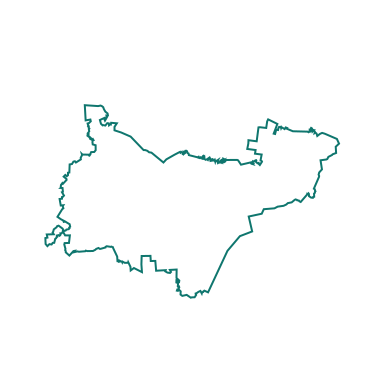 Tecpatán, Chiapas, Mexico, rotated 170°
{"feature_id": "50627088B96420175301119", "entity_name": "Tecpatán", "entity_type": "district", "adm_level": 2, "iso_a3": "MEX", "parent_name": "Mexico", "parent_adm1": "Chiapas", "projection": "albers", "projection_center": [-93.585, 17.19], "detail": "fine", "context": "isolated", "style": "outline", "palette": "teal", "viewbox_px": 384, "rotation_deg": 170, "n_neighbors": 0, "source": "geoboundaries", "source_scale": "gbopen_adm2", "svg_char_len": 6040}
<svg xmlns="http://www.w3.org/2000/svg" viewBox="0 0 384 384"><g transform="rotate(170 192 192)"><path d="M277.4,136.8L276.4,136.5L275.7,137.3L274.8,136.6L275.3,136.0L273.9,136.0L273.1,135.5L272.9,134.8L272.5,135.5L270.6,134.0L267.3,133.4L267.0,134.0L265.6,129.0L266.0,125.4L262.4,127.2L255.2,121.8L254.4,129.5L252.7,137.7L244.0,136.3L244.6,131.2L240.1,130.5L241.0,120.7L231.5,119.6L232.1,118.5L230.2,116.9L227.7,116.1L226.6,116.9L227.3,119.1L220.6,118.3L222.2,110.0L219.9,107.0L220.4,105.5L222.3,105.8L221.6,107.9L222.6,108.0L223.1,105.6L221.5,104.7L222.4,101.5L222.0,100.8L221.2,101.1L221.1,100.3L222.3,98.6L223.4,98.6L224.0,97.5L223.0,97.1L221.6,97.8L220.4,96.1L221.1,93.0L219.6,91.4L215.1,91.6L211.5,88.1L210.7,88.3L207.7,87.9L205.8,89.9L206.1,90.7L206.0,92.2L205.6,91.3L203.1,92.5L200.9,93.1L200.0,90.4L199.5,91.5L198.3,91.6L198.1,92.1L197.0,92.7L193.6,90.4L167.3,127.9L152.5,140.2L139.6,142.7L140.4,158.0L127.1,158.5L124.3,162.6L113.6,161.6L110.2,162.7L104.2,162.5L101.3,163.3L99.6,164.4L95.6,164.5L92.3,166.4L91.3,166.7L90.0,166.0L89.9,165.6L88.2,165.0L87.9,164.2L86.7,163.3L79.1,169.5L78.8,170.2L78.2,169.7L77.5,170.4L77.2,169.8L77.5,167.6L75.7,165.8L74.0,165.3L73.7,166.0L72.5,166.1L72.1,169.2L71.1,169.9L70.9,170.8L70.3,171.3L70.6,172.1L70.6,173.3L71.4,174.1L64.2,185.0L64.0,185.8L64.3,187.1L63.3,189.2L60.1,191.7L59.9,200.9L54.0,200.7L53.0,201.0L51.6,202.9L47.7,204.1L47.0,204.7L43.3,205.4L42.6,211.6L38.8,214.1L40.1,219.1L51.2,226.4L53.6,227.6L55.9,227.0L58.9,225.4L59.2,227.9L60.2,229.1L61.1,228.7L60.6,230.1L61.8,231.5L61.2,231.8L61.6,232.0L62.5,231.3L62.8,231.8L63.1,231.5L62.6,230.9L63.1,230.5L63.2,231.1L64.4,231.9L64.3,232.4L63.8,232.3L64.4,233.0L63.8,233.0L63.6,233.8L62.6,232.8L62.9,233.9L63.5,234.4L64.9,233.0L64.4,232.4L65.2,232.2L64.8,231.5L65.1,231.1L65.6,231.5L65.8,231.0L66.8,230.6L67.8,231.4L82.1,234.3L87.7,237.9L87.2,238.5L88.5,239.3L89.9,237.9L92.5,240.2L93.1,239.4L93.2,240.8L94.0,240.5L94.9,241.0L95.9,239.8L96.5,238.1L98.3,238.7L100.1,234.7L101.4,235.3L96.1,244.2L104.4,250.3L105.7,248.5L107.8,242.2L113.9,244.0L115.3,244.1L119.5,230.7L127.4,233.2L128.1,230.0L130.1,224.8L122.1,222.3L123.3,218.8L116.9,216.8L119.0,211.3L118.0,210.4L117.8,209.7L120.5,206.8L121.2,207.8L121.3,209.1L122.5,208.9L124.3,211.3L122.5,212.1L124.0,212.2L125.7,211.2L126.5,211.7L126.7,211.1L127.5,210.7L127.6,209.8L126.9,209.4L127.3,209.2L127.1,208.8L128.3,209.4L128.0,210.0L128.6,210.2L128.2,211.0L139.0,210.4L141.1,215.2L142.1,215.8L152.9,217.6L153.4,217.1L153.9,217.0L154.0,216.3L155.3,215.8L155.5,215.9L155.2,217.0L154.4,218.0L154.7,217.9L154.9,219.1L155.4,219.4L155.5,217.9L156.6,218.6L157.2,218.4L158.1,218.7L157.2,217.8L158.9,217.6L156.2,217.1L157.1,216.9L156.3,216.7L156.9,216.5L156.7,216.3L156.9,215.7L157.7,216.7L158.0,216.5L157.7,215.9L158.1,215.7L158.6,216.8L158.8,216.5L159.1,216.9L159.6,216.6L159.5,217.2L161.4,216.2L161.4,217.0L160.3,217.3L161.6,217.8L160.7,219.1L161.8,218.6L163.3,218.6L163.8,217.7L164.0,219.8L164.5,219.4L164.2,218.3L164.9,217.9L164.4,218.3L164.7,219.4L166.7,219.4L165.7,220.1L166.0,220.8L167.9,220.6L168.0,221.0L168.5,220.5L168.8,222.9L170.3,222.2L170.1,221.8L170.8,220.7L171.6,221.6L173.1,221.4L174.1,222.7L174.0,223.5L174.8,222.6L175.6,222.8L175.2,223.7L173.7,224.3L173.7,224.8L174.7,226.4L174.6,225.9L175.0,225.4L174.6,225.0L174.9,224.7L176.7,224.4L177.1,224.0L177.5,224.6L178.2,224.1L178.6,224.6L178.8,224.2L179.0,224.3L178.8,224.7L179.2,225.1L179.6,225.0L179.6,225.5L180.5,225.2L188.7,228.9L188.7,230.5L189.6,231.1L189.8,233.0L190.6,233.7L191.4,233.7L191.7,232.3L192.3,232.5L192.2,231.5L192.6,231.3L192.7,232.8L193.3,233.1L193.3,232.7L193.7,232.4L194.2,230.7L194.6,231.0L194.5,232.2L195.8,233.5L196.6,232.7L197.2,233.5L202.6,231.8L211.6,228.6L215.0,226.0L225.1,237.8L227.4,238.6L228.8,240.3L230.8,241.4L232.4,241.7L242.8,257.2L251.4,262.9L257.6,266.2L257.0,269.6L254.1,272.7L259.6,274.2L260.2,272.6L260.7,272.9L262.1,272.1L262.0,274.0L263.5,274.5L265.8,272.5L268.1,273.4L268.5,273.2L269.8,275.0L270.2,278.9L265.2,280.2L265.6,278.7L265.3,277.4L262.5,280.8L262.9,282.2L261.5,282.1L261.5,284.0L263.4,286.2L264.4,289.0L264.7,290.9L265.6,292.0L267.0,293.0L269.5,292.9L282.5,296.1L284.3,281.0L279.5,281.0L279.4,279.2L281.5,277.8L282.9,277.6L282.7,275.1L282.4,275.2L282.3,274.8L282.9,274.6L282.1,272.3L282.7,272.0L282.7,269.5L284.4,268.0L283.7,267.1L284.3,266.0L284.9,266.4L285.2,265.6L283.8,264.1L283.4,264.3L282.4,262.9L282.8,262.6L282.4,262.3L282.8,261.8L281.8,261.0L280.5,261.5L280.0,260.2L280.8,260.1L281.4,258.4L281.5,256.1L278.8,254.8L279.6,249.9L281.3,248.4L284.4,248.8L285.7,246.9L285.6,246.7L286.7,245.6L287.0,245.8L286.8,246.6L293.4,247.9L293.9,248.6L293.8,247.5L295.7,245.0L295.8,243.4L301.2,241.2L302.0,242.6L303.5,242.5L305.3,240.4L307.7,240.4L309.4,232.5L310.8,232.5L311.2,230.1L312.5,229.3L313.8,230.8L315.7,229.4L313.4,226.7L313.4,225.7L317.7,222.5L318.1,223.3L319.8,221.7L320.4,219.7L320.1,219.1L320.6,218.8L318.8,218.4L319.1,214.7L320.1,214.4L318.7,210.7L320.2,209.6L320.9,209.6L321.2,208.0L323.6,208.1L323.6,201.5L321.0,201.3L321.8,200.4L321.5,198.3L322.8,197.6L328.8,190.9L325.8,187.9L322.7,185.5L324.3,184.8L322.0,184.9L318.1,181.5L318.0,179.0L319.1,178.3L318.9,177.6L319.9,176.8L322.2,176.8L323.1,176.0L324.9,175.8L325.8,178.4L329.2,182.0L330.7,181.8L331.5,180.8L334.6,179.2L335.6,177.0L336.3,176.3L335.5,174.4L342.4,175.4L342.3,172.2L344.4,172.1L345.2,166.2L343.8,163.8L341.5,165.4L339.4,164.7L338.0,166.1L336.5,165.9L334.8,169.7L333.9,170.0L333.2,171.1L332.4,171.3L332.2,171.8L332.7,172.2L332.6,172.6L330.7,172.7L330.0,171.9L329.2,172.4L328.5,173.6L328.7,174.1L327.4,174.1L326.5,174.8L326.1,175.8L324.5,171.3L319.8,170.5L322.0,163.2L326.3,163.8L326.9,162.5L326.5,158.0L327.0,156.8L326.6,155.7L326.8,154.5L323.8,150.7L319.0,154.4L317.5,154.4L318.5,153.2L315.2,153.4L313.7,152.8L307.4,152.2L306.8,152.7L305.5,152.0L299.8,151.1L297.2,151.9L296.2,152.6L293.8,153.1L292.7,152.0L291.8,151.9L286.8,152.4L286.6,153.0L285.4,153.4L281.6,152.1L280.7,152.2L279.7,151.3L278.6,151.2L279.4,151.1L279.4,150.5L276.9,141.4L277.4,136.8Z" fill="none" stroke="#0f766e" stroke-width="2"/></g></svg>